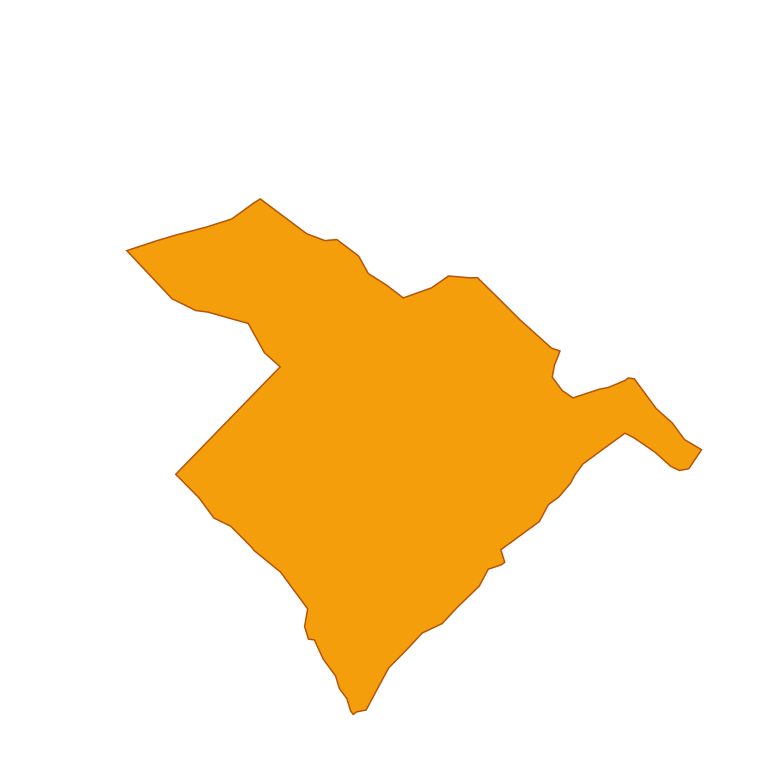 outline of Kesm Mallawi, Al Minya, Egypt, rotated 235°
{"feature_id": "37247803B87955288089668", "entity_name": "Kesm Mallawi", "entity_type": "district", "adm_level": 2, "iso_a3": "EGY", "parent_name": "Egypt", "parent_adm1": "Al Minya", "projection": "robinson", "projection_center": [30.827, 27.729], "detail": "fine", "context": "isolated", "style": "filled", "palette": "amber", "viewbox_px": 768, "rotation_deg": 235, "n_neighbors": 0, "source": "geoboundaries", "source_scale": "gbopen_adm2", "svg_char_len": 1455}
<svg xmlns="http://www.w3.org/2000/svg" viewBox="0 0 768 768"><g transform="rotate(235 384 384)"><path d="M640.8,249.8L575.3,259.3L552.2,271.9L544.1,280.8L527.8,294.1L511.5,307.5L478.2,304.0L457.6,308.8L429.5,161.6L396.6,167.2L371.7,167.8L371.1,168.1L370.5,168.5L363.5,172.3L355.3,176.9L326.3,181.9L322.2,182.0L305.7,186.7L289.2,191.4L276.7,191.7L256.0,192.2L243.6,192.5L230.8,179.8L218.3,175.8L214.3,180.2L193.4,176.4L172.7,176.9L160.2,172.8L147.7,173.1L135.2,169.1L131.0,169.2L131.1,173.5L127.2,182.3L131.5,190.8L140.2,208.0L148.8,225.1L153.5,251.0L158.1,272.6L154.4,294.3L159.0,315.8L163.8,346.1L172.5,363.2L168.6,376.3L168.7,380.6L179.8,384.2L180.5,384.4L181.2,384.7L181.7,406.3L181.9,415.0L182.2,432.3L190.9,449.5L191.0,453.8L191.2,462.4L195.7,479.7L200.0,488.2L204.4,501.1L204.8,518.5L205.1,531.5L205.5,553.1L197.3,557.6L185.0,562.3L172.6,566.9L152.0,571.7L143.8,576.3L139.8,585.0L148.0,606.4L166.1,598.3L186.8,597.8L207.5,592.9L224.0,592.5L236.4,592.2L244.7,592.0L248.8,587.6L248.7,583.2L252.5,565.8L256.4,557.0L260.3,543.9L264.2,530.9L264.9,530.6L265.6,530.3L276.5,526.2L293.1,525.8L301.5,534.3L310.1,547.1L317.3,541.8L337.9,537.0L358.6,532.2L387.5,527.1L417.6,521.5L421.5,515.5L435.5,498.8L435.5,478.1L443.5,449.1L463.5,442.8L477.9,436.8L483.5,434.5L503.4,436.6L529.4,428.2L535.4,417.8L551.5,406.8L606.6,388.8L607.0,381.5L606.5,354.0L614.8,327.4L625.1,299.8L631.6,280.4L640.8,249.8Z" fill="#f59e0b" stroke="#b45309" stroke-width="1.5"/></g></svg>